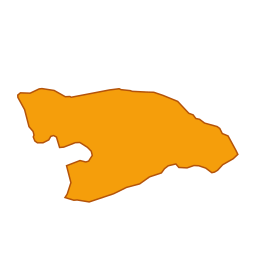 outline of San Miguel Panán, Suchitepéquez, Guatemala, rotated 247°
{"feature_id": "79465075B30152308361282", "entity_name": "San Miguel Panán", "entity_type": "district", "adm_level": 2, "iso_a3": "GTM", "parent_name": "Guatemala", "parent_adm1": "Suchitepéquez", "projection": "natural_earth1", "projection_center": [-91.36, 14.503], "detail": "fine", "context": "isolated", "style": "filled", "palette": "amber", "viewbox_px": 256, "rotation_deg": 247, "n_neighbors": 0, "source": "geoboundaries", "source_scale": "gbopen_adm2", "svg_char_len": 1036}
<svg xmlns="http://www.w3.org/2000/svg" viewBox="0 0 256 256"><g transform="rotate(247 128 128)"><path d="M88.6,42.8L82.7,49.9L81.6,53.1L75.1,63.4L73.1,89.1L73.9,103.4L72.0,116.9L74.6,128.7L73.6,141.2L76.3,145.7L77.5,150.3L76.2,158.0L71.8,159.4L68.2,166.8L67.7,174.0L65.6,178.4L60.7,183.9L54.1,187.7L53.6,190.4L54.1,194.0L57.2,200.8L58.6,212.8L60.8,218.8L65.0,218.6L81.6,217.0L86.1,212.6L91.7,212.3L94.5,210.6L102.6,200.4L108.0,197.3L110.3,194.1L114.6,193.1L117.8,189.7L133.1,184.1L144.4,172.9L150.8,165.7L153.6,159.6L160.1,146.2L161.5,144.7L166.0,136.6L167.6,135.2L170.3,125.7L178.5,87.7L179.7,86.8L181.3,82.5L191.4,74.7L197.9,64.2L198.7,61.5L198.3,51.5L202.4,42.7L201.4,39.4L199.2,38.6L185.3,40.0L167.9,37.4L161.9,39.3L158.2,38.7L156.8,37.3L152.4,37.2L149.8,38.8L147.6,44.0L148.0,50.4L150.5,53.7L150.1,56.6L147.6,58.6L136.8,57.4L135.5,61.4L135.1,73.7L133.5,78.0L126.1,83.1L121.0,85.1L116.7,84.4L112.9,78.8L113.2,75.9L116.8,71.1L117.3,56.7L100.0,54.1L90.9,46.2L88.6,42.8Z" fill="#f59e0b" stroke="#b45309" stroke-width="1.5"/></g></svg>